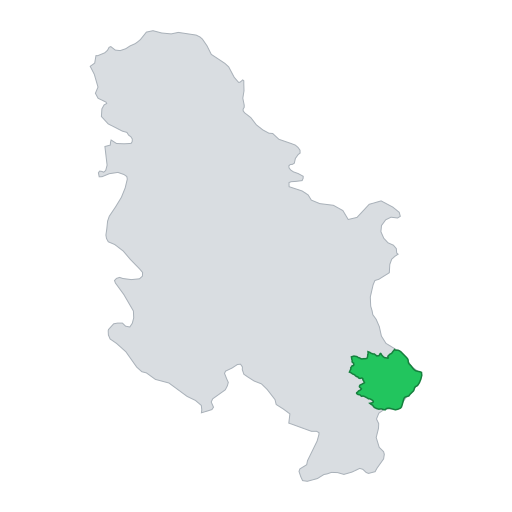 where Pirotski sits in Republic of Serbia
{"feature_id": "SRB-121", "entity_name": "Pirotski", "entity_type": "District", "adm_level": 1, "iso_a3": "SRB", "parent_name": "Republic of Serbia", "parent_adm1": "", "projection": "albers", "projection_center": [22.387, 43.137], "detail": "fine", "context": "in_parent", "style": "filled", "palette": "green", "viewbox_px": 512, "rotation_deg": 0, "n_neighbors": 0, "source": "natural_earth", "source_scale": "10m", "svg_char_len": 7520}
<svg xmlns="http://www.w3.org/2000/svg" viewBox="0 0 512 512"><path d="M289.1,186.7L302.2,191.0L308.2,195.0L311.3,200.1L319.7,203.6L333.4,205.3L342.9,210.6L348.2,219.5L357.0,217.4L369.2,204.3L381.1,200.9L392.8,207.1L399.2,212.3L400.3,216.3L397.6,218.0L391.0,217.2L385.7,219.8L381.5,225.5L380.9,231.7L383.8,238.3L388.0,242.8L393.4,245.2L396.3,248.6L396.7,253.0L398.1,254.2L395.0,256.2L391.7,259.2L389.8,264.4L389.3,272.7L378.8,279.3L374.9,280.5L373.1,284.8L370.3,297.0L370.7,306.2L372.1,310.9L372.8,314.7L376.2,319.4L379.3,326.6L381.4,336.1L386.0,343.4L397.8,350.6L403.6,354.8L408.0,360.9L411.3,366.4L421.1,373.7L420.4,378.9L418.3,384.0L416.1,386.4L411.2,393.0L406.5,396.8L398.7,408.4L386.4,409.1L383.4,410.0L378.8,413.2L376.5,419.0L378.7,423.6L378.5,428.3L376.2,437.5L379.2,447.3L383.6,451.7L384.3,454.3L383.6,458.9L377.0,468.2L375.1,471.7L368.5,473.4L366.2,472.5L362.8,469.3L359.7,468.4L351.9,472.1L343.9,474.4L337.6,472.6L331.4,472.4L327.1,473.9L323.9,474.5L317.5,478.5L307.3,481.3L302.6,480.6L300.8,476.8L299.0,471.4L299.9,468.9L306.7,464.7L307.5,460.7L317.1,441.1L318.9,434.7L319.0,432.7L316.6,431.3L311.4,431.3L288.8,423.1L289.9,413.9L283.3,409.0L276.2,404.5L275.0,399.6L267.2,389.5L261.5,383.9L254.1,381.0L247.7,376.9L243.9,374.3L242.3,369.7L242.4,366.9L240.5,364.2L237.4,364.5L232.1,368.0L225.6,371.1L224.5,373.3L226.7,378.9L228.3,382.4L227.4,385.7L225.3,389.8L212.7,398.8L211.2,402.0L213.5,407.2L211.9,409.6L201.4,412.8L201.8,409.9L201.3,405.4L195.4,400.4L187.1,396.4L168.9,383.0L161.8,381.1L155.4,379.4L146.4,372.9L141.8,371.7L136.7,367.1L125.9,351.8L116.5,343.4L110.1,339.0L108.4,335.0L108.2,330.8L108.5,329.5L113.7,323.8L117.5,323.1L122.4,323.1L125.6,326.2L129.8,327.0L132.3,323.3L133.7,317.9L133.4,311.0L123.8,294.5L115.4,283.0L114.5,280.5L116.5,278.4L119.6,277.4L122.8,278.5L131.3,279.6L139.5,278.8L142.4,276.2L142.6,272.5L139.7,269.0L130.4,259.5L123.3,251.1L114.7,244.5L108.3,241.8L106.5,238.5L105.9,235.1L106.8,228.9L107.6,221.1L109.3,216.2L115.5,207.0L121.4,197.3L125.2,187.9L127.3,179.1L126.8,176.5L123.9,174.5L117.9,172.4L109.3,173.7L102.0,176.7L99.2,176.8L98.4,172.8L99.6,171.1L101.8,171.4L103.7,172.2L105.7,170.5L107.1,165.2L104.9,146.5L110.3,145.1L110.5,142.4L111.1,140.0L116.5,143.5L124.3,143.8L131.1,143.4L132.2,141.6L132.3,139.0L130.9,136.8L128.6,135.1L126.9,132.4L122.3,131.1L108.2,123.9L101.4,116.5L101.9,108.9L104.1,104.9L106.7,103.5L106.0,102.1L98.1,98.3L95.4,93.3L98.0,87.1L94.3,74.3L90.2,66.3L94.7,63.1L95.5,58.4L96.0,55.6L97.7,55.7L104.8,52.8L107.5,50.3L109.1,47.3L110.8,46.6L115.3,50.1L120.2,50.6L125.8,48.7L130.1,45.9L135.1,43.7L137.4,42.1L140.4,39.6L146.4,32.1L153.0,30.7L161.7,33.0L171.2,33.9L178.3,32.4L196.2,35.1L200.0,37.0L202.4,39.1L207.0,45.8L211.3,54.4L217.5,58.5L224.9,63.4L228.7,66.9L234.2,77.3L238.6,82.4L240.0,82.2L241.6,80.9L242.7,79.9L243.8,80.8L243.8,83.9L244.0,90.8L242.8,98.2L244.2,105.1L244.2,107.3L243.1,109.2L243.2,111.0L244.7,112.9L250.8,117.6L256.3,124.8L262.8,129.9L268.9,133.2L272.7,133.5L278.9,139.3L291.4,143.6L295.3,145.1L298.0,147.4L300.0,150.2L300.1,153.1L298.2,154.5L295.4,158.4L294.3,163.2L292.3,164.4L290.3,164.5L288.8,165.9L289.1,168.0L290.7,170.0L293.3,171.8L298.3,173.6L303.2,176.3L303.1,178.4L302.1,180.6L295.8,181.4L291.1,181.7L289.0,182.6L289.1,186.7Z" fill="#d9dde1" stroke="#a8b0b8" stroke-width="1"/><path d="M394.6,349.5L395.1,350.0L395.9,350.3L397.5,350.2L398.3,350.3L399.6,350.9L400.0,351.2L400.8,351.7L406.7,357.7L407.8,359.2L408.1,360.1L408.3,362.2L408.6,363.1L409.1,363.9L411.1,365.9L413.3,368.8L414.5,370.0L416.0,370.9L420.1,371.8L421.5,372.4L421.6,373.7L421.8,375.2L420.9,379.0L419.4,382.7L417.7,385.3L417.0,385.9L415.6,386.5L414.9,387.2L414.5,388.0L413.9,390.1L413.5,390.9L410.0,394.3L408.9,395.9L407.8,396.3L405.5,396.9L404.6,397.5L404.0,398.4L403.5,399.9L402.0,405.4L401.5,406.7L401.5,406.9L400.5,408.1L398.0,409.2L395.4,409.8L389.1,408.1L386.8,408.4L385.7,409.2L385.3,409.8L385.2,409.8L383.8,409.6L383.5,409.5L382.8,409.4L382.5,409.3L381.9,409.0L381.6,408.9L381.2,408.9L380.6,408.9L379.6,409.1L379.3,409.1L378.7,409.1L378.3,409.1L378.0,409.0L377.4,408.7L377.1,408.7L376.4,408.5L376.2,408.4L375.6,408.0L375.4,407.9L374.8,407.7L374.3,407.4L374.0,407.1L373.7,406.7L373.3,406.3L373.2,406.1L372.9,405.5L372.8,405.3L372.6,405.2L372.3,405.0L371.8,404.8L371.5,404.6L371.3,404.5L370.4,403.8L369.8,403.3L371.3,403.0L372.2,402.7L372.6,402.5L372.8,402.4L373.1,402.2L373.3,401.8L373.3,401.6L373.3,401.3L373.1,401.1L373.0,400.9L372.8,400.6L372.4,400.3L371.4,399.6L371.2,399.5L370.2,399.0L370.0,398.9L369.7,398.8L368.8,398.8L368.6,398.8L368.4,398.8L368.2,398.6L367.7,398.2L367.0,397.8L366.4,397.5L364.7,396.6L364.0,396.3L363.6,396.1L363.3,396.1L363.0,396.1L362.6,396.1L362.3,396.1L361.8,396.3L361.6,396.2L361.4,396.2L361.2,396.0L360.9,395.8L360.5,395.3L360.3,395.1L360.1,395.0L359.7,394.8L359.4,394.7L358.4,394.6L358.0,394.5L357.8,394.3L357.1,393.9L356.9,393.7L356.7,393.5L356.6,393.3L356.6,393.1L356.6,392.9L356.7,392.7L357.9,391.8L358.0,391.6L358.2,391.3L358.4,391.1L358.5,391.0L359.1,390.6L359.3,390.5L360.0,390.3L360.3,390.1L360.7,389.6L361.3,389.1L361.3,388.9L361.4,388.7L360.4,387.8L359.9,387.4L359.4,386.8L359.4,386.6L359.6,385.7L359.8,385.4L359.9,385.2L360.4,384.9L361.0,384.6L361.6,384.4L361.9,384.2L362.3,383.9L363.7,383.2L364.5,382.7L363.4,380.4L363.2,380.2L362.9,379.9L362.8,379.7L363.0,379.2L362.9,378.8L362.8,378.7L362.3,378.3L362.1,378.1L361.8,378.0L361.6,378.0L361.2,378.1L360.7,378.3L360.4,378.4L360.0,378.4L359.7,378.4L359.4,378.3L359.1,378.2L358.7,378.0L358.5,377.8L358.3,377.6L357.9,376.9L357.7,376.8L357.6,376.7L357.4,376.7L357.1,376.7L356.9,376.7L356.7,376.6L356.3,376.4L355.9,376.1L355.3,375.6L354.7,374.9L354.4,374.7L354.1,374.5L353.3,374.3L353.1,374.2L352.9,374.1L352.1,373.6L351.4,373.0L351.2,372.9L349.4,372.1L349.9,371.0L350.4,369.9L350.8,369.2L350.9,368.8L350.7,367.9L350.8,367.7L351.0,367.4L351.4,366.9L351.6,366.8L351.7,366.6L351.8,366.2L352.0,365.9L352.3,365.7L352.5,365.7L353.1,365.7L353.4,365.6L353.5,365.5L353.6,365.3L353.8,364.9L353.9,364.7L353.7,364.1L353.6,363.5L353.6,363.3L353.6,363.1L353.4,363.0L352.8,362.6L352.5,362.4L352.3,362.2L352.2,362.0L352.1,361.8L352.1,361.6L352.2,361.0L352.2,360.8L352.2,360.5L351.9,359.6L351.8,359.3L351.6,358.0L351.4,356.8L352.5,356.5L353.4,356.2L353.7,356.1L353.9,356.1L354.1,356.1L354.8,356.2L355.7,356.4L356.5,356.5L357.1,356.7L357.3,356.9L358.1,357.5L358.3,357.6L358.7,357.7L359.5,357.9L359.8,358.0L360.0,358.2L360.5,358.5L361.2,358.8L361.4,358.9L361.7,358.9L362.2,358.9L362.8,358.8L363.5,358.7L365.2,358.7L365.5,358.7L365.8,358.6L366.7,358.4L366.9,358.3L367.0,358.2L367.2,357.9L367.4,357.1L367.7,356.2L367.7,355.8L367.7,355.2L367.7,354.9L367.7,354.7L367.8,354.5L368.1,354.0L368.1,353.9L368.1,353.7L368.1,353.1L368.0,351.7L369.9,352.4L370.0,352.5L370.5,352.9L370.8,353.1L371.2,353.3L371.9,353.5L372.7,353.9L373.1,354.0L373.3,354.0L373.8,353.9L374.0,353.9L374.4,354.0L374.5,354.1L375.0,354.5L376.9,356.0L377.0,355.9L377.5,355.8L378.3,355.8L378.5,355.8L378.7,355.7L378.9,355.7L379.1,355.5L379.3,355.2L379.6,354.7L380.1,353.7L380.3,353.5L380.4,353.4L380.6,353.4L380.8,353.5L381.1,353.9L381.3,354.2L381.7,355.0L381.9,355.3L382.7,356.1L383.2,356.7L383.5,357.0L384.2,357.3L384.7,357.7L384.9,357.7L385.8,357.8L386.0,357.8L387.5,358.1L387.9,358.2L388.0,358.1L388.2,357.9L388.2,357.7L387.9,356.8L387.9,356.6L387.9,356.4L388.0,356.1L388.2,355.9L388.7,355.4L389.9,354.2L390.2,354.0L391.2,353.6L391.4,353.5L391.6,353.3L391.8,353.1L392.2,352.5L392.6,352.0L392.9,351.5L393.3,351.1L393.9,350.3L394.0,350.3L394.6,349.5L394.6,349.5Z" fill="#22c55e" stroke="#15803d" stroke-width="1.5"/></svg>